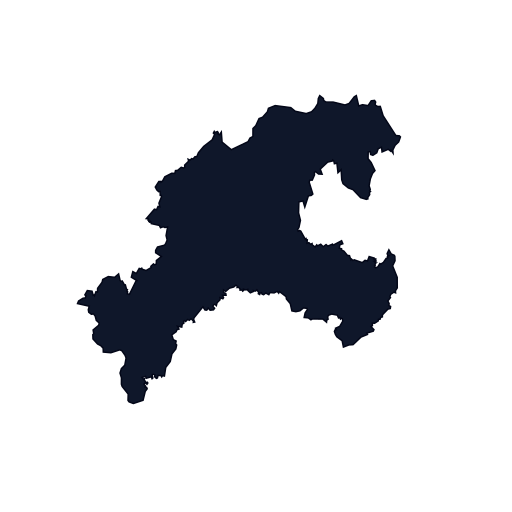 Huejutla de Reyes, Hidalgo, Mexico, rotated 147°
{"feature_id": "50627088B61765776713895", "entity_name": "Huejutla de Reyes", "entity_type": "district", "adm_level": 2, "iso_a3": "MEX", "parent_name": "Mexico", "parent_adm1": "Hidalgo", "projection": "albers", "projection_center": [-98.458, 21.143], "detail": "fine", "context": "isolated", "style": "filled", "palette": "ink", "viewbox_px": 512, "rotation_deg": 147, "n_neighbors": 0, "source": "geoboundaries", "source_scale": "gbopen_adm2", "svg_char_len": 6142}
<svg xmlns="http://www.w3.org/2000/svg" viewBox="0 0 512 512"><g transform="rotate(147 256 256)"><path d="M397.3,319.8L399.4,317.8L406.4,315.2L408.6,312.1L409.7,313.2L413.0,310.7L412.9,311.5L413.9,311.7L412.7,315.8L416.3,318.9L420.7,316.6L420.2,315.1L422.3,313.8L423.9,314.8L429.3,314.9L431.6,313.3L423.2,304.7L425.9,302.3L426.9,299.9L425.8,296.8L423.8,295.9L423.6,293.2L425.0,289.0L424.0,285.2L425.6,283.6L432.9,282.7L434.4,279.2L435.7,278.9L437.9,275.2L436.8,268.5L435.0,265.3L434.4,261.9L436.4,258.6L430.4,253.9L421.4,251.5L420.1,249.7L419.9,244.0L420.5,241.2L425.5,235.9L430.2,234.9L433.8,231.9L435.2,227.1L438.7,221.8L439.3,219.5L438.4,209.8L442.0,204.6L441.9,202.8L439.2,199.1L429.3,196.5L422.6,202.8L419.6,203.9L419.3,205.2L420.4,206.5L419.5,206.9L419.8,209.6L417.9,210.0L417.3,207.8L415.9,208.4L415.9,209.2L416.9,209.1L417.3,213.0L416.3,213.8L417.6,214.3L417.7,216.2L414.2,215.2L414.5,213.2L409.6,211.7L410.0,209.7L408.9,209.9L408.0,212.8L406.7,212.9L405.5,211.3L406.8,209.9L406.2,207.6L405.1,207.4L403.2,209.2L400.8,207.5L400.9,206.0L399.6,206.6L398.2,205.2L392.4,211.7L385.4,214.2L379.8,219.7L373.9,221.7L371.0,224.6L371.2,226.3L369.3,228.2L370.9,230.9L369.6,235.7L364.2,236.0L362.6,237.2L360.4,236.7L360.2,239.9L357.0,236.8L355.0,239.0L353.0,239.0L352.2,240.9L351.1,240.7L350.7,239.4L347.9,240.0L346.9,238.4L344.6,238.8L343.9,235.4L344.7,234.5L343.4,234.0L342.9,236.7L341.7,237.9L328.2,242.3L328.2,238.5L326.8,237.4L324.5,238.4L324.0,235.5L321.0,234.0L319.2,234.7L319.6,237.4L318.2,238.1L316.7,237.9L316.3,236.0L314.1,238.0L310.0,238.9L309.0,240.7L307.1,238.2L305.9,238.7L305.5,241.4L302.5,239.4L301.8,240.9L303.1,243.1L301.7,245.2L300.7,242.8L295.9,243.5L291.5,242.1L288.7,242.5L288.1,240.0L288.8,239.8L287.6,239.1L287.3,237.2L288.0,236.1L286.2,235.0L286.3,233.8L284.9,233.9L284.5,234.9L282.9,233.0L281.1,232.5L281.6,231.5L280.8,228.2L277.3,227.6L277.0,228.4L275.4,226.8L273.7,227.2L273.6,223.9L274.6,223.1L273.9,221.7L272.5,222.7L271.4,222.3L271.7,220.7L270.7,219.4L268.0,219.6L266.3,216.6L264.2,217.7L260.9,215.2L257.5,214.8L257.2,212.5L255.7,213.5L252.9,205.5L253.9,203.4L253.2,197.4L255.8,190.4L252.9,187.6L249.0,186.1L244.5,186.6L241.7,184.3L242.1,183.1L245.8,181.5L249.1,178.2L245.8,175.6L244.7,172.6L243.0,172.5L234.3,166.7L232.9,162.1L231.6,163.7L230.0,163.7L229.0,166.0L227.4,166.8L224.2,166.1L220.0,162.1L220.5,159.1L219.3,158.9L219.5,157.1L218.3,157.3L217.7,156.4L218.7,154.1L224.1,151.4L228.6,152.1L228.8,150.5L229.6,151.1L231.3,150.1L232.1,147.1L232.2,144.2L229.9,138.0L232.3,132.0L226.5,130.8L222.9,128.8L212.0,130.8L205.3,129.5L205.2,131.0L198.6,129.1L197.2,130.0L198.0,134.2L196.3,134.2L195.0,136.4L193.2,135.0L188.8,135.0L187.8,136.2L186.4,135.4L184.8,136.6L183.2,136.1L182.0,137.8L174.3,139.6L172.0,138.8L170.6,140.4L171.6,142.0L170.2,143.7L169.9,146.5L165.9,147.9L165.9,149.0L163.8,150.5L160.1,150.6L159.0,149.1L158.0,150.9L154.9,152.3L149.2,161.2L146.8,173.3L142.0,176.3L139.8,180.0L139.6,181.2L141.5,184.1L141.2,188.8L144.7,186.6L145.2,184.7L144.4,183.8L146.1,183.9L146.4,182.7L148.2,183.1L152.7,181.2L155.8,181.3L156.2,182.2L159.9,180.5L162.1,181.0L162.6,182.2L161.3,183.0L161.5,183.7L159.5,184.7L159.7,186.1L158.8,185.7L159.5,186.9L158.5,186.4L157.7,187.1L158.3,187.8L157.3,188.4L158.8,189.5L158.1,190.0L161.4,193.9L165.2,191.1L166.9,193.0L170.5,192.6L175.7,199.3L177.2,199.5L177.6,201.5L178.5,201.2L177.4,205.4L179.0,206.7L179.6,212.1L181.0,214.5L180.3,215.5L181.9,217.2L179.6,219.7L176.5,219.0L175.9,222.2L184.7,223.0L185.7,223.4L185.4,224.3L190.4,225.2L191.0,227.4L194.6,227.2L195.3,230.6L198.8,231.0L199.0,232.3L201.5,231.4L202.8,234.8L202.2,235.9L203.8,236.1L204.4,238.4L206.3,238.9L204.2,241.6L205.2,241.9L204.5,243.4L205.5,243.5L204.9,252.5L205.6,253.7L207.1,253.8L206.8,255.4L204.4,256.6L199.3,261.7L196.8,269.0L190.6,278.0L186.6,276.6L188.4,270.5L179.3,277.9L176.6,276.7L174.6,277.0L171.2,289.0L169.5,290.3L167.5,289.0L162.8,292.1L161.6,294.2L160.1,294.4L158.9,290.7L156.0,288.6L154.8,293.9L144.8,295.7L140.0,294.0L139.4,294.7L138.9,293.5L140.0,290.7L137.6,289.8L141.9,281.2L137.6,282.0L142.6,273.2L143.6,269.3L141.5,262.8L138.5,258.8L136.5,248.0L132.6,243.4L131.0,243.0L130.7,244.0L127.2,245.6L126.3,247.5L124.8,247.8L125.1,248.9L123.9,249.6L122.9,253.3L118.1,258.4L113.3,261.8L109.7,262.8L108.5,271.7L109.0,276.6L105.2,282.2L103.3,281.4L104.6,278.7L103.1,276.8L98.5,276.8L95.1,279.4L91.5,278.9L93.6,274.6L87.0,273.5L86.0,270.6L85.1,271.2L85.0,267.7L83.5,270.4L79.0,273.1L74.2,274.0L70.0,277.2L70.3,278.7L73.1,280.9L73.0,304.4L70.3,313.8L72.5,315.1L73.6,317.1L73.5,318.4L71.8,319.9L71.8,321.9L74.8,323.4L80.1,321.1L84.3,324.9L88.1,325.9L84.5,335.9L86.9,336.0L94.8,333.2L99.1,334.2L107.4,343.0L113.6,347.1L114.5,349.6L113.7,351.4L115.2,355.8L118.0,354.1L121.1,350.2L126.1,347.8L130.8,346.7L136.3,348.1L144.3,356.1L146.0,361.5L158.0,371.7L165.1,373.1L167.9,370.7L174.9,368.8L178.6,369.6L185.2,365.4L189.1,364.6L193.5,357.9L196.8,358.2L200.4,356.2L218.8,358.6L222.4,370.0L217.6,378.8L220.7,377.5L221.7,379.5L220.6,379.6L220.5,381.3L223.3,382.1L223.2,383.2L224.8,382.3L224.4,380.6L229.5,377.3L240.2,376.4L248.0,374.0L251.5,371.6L253.1,372.5L256.1,371.6L256.8,372.7L259.2,372.4L260.2,374.1L260.9,372.2L266.3,371.1L267.5,369.2L268.8,369.2L270.4,371.1L275.1,370.5L277.0,371.5L279.1,369.5L281.6,371.3L289.3,372.1L293.7,369.7L295.4,369.6L295.1,370.3L296.9,371.4L302.9,368.7L303.2,365.3L302.6,362.9L301.3,362.3L303.3,359.0L302.5,358.4L302.9,357.2L308.6,353.2L309.9,349.6L311.2,350.9L314.1,349.0L315.7,350.6L327.6,347.1L326.1,345.9L327.0,344.9L326.3,344.1L327.0,343.4L326.0,342.9L326.6,342.2L325.6,341.6L326.2,340.2L320.4,334.3L320.7,331.7L317.9,331.1L316.9,329.5L314.3,328.5L320.3,322.1L321.8,317.8L325.0,315.6L326.8,314.9L333.7,317.2L337.1,315.4L338.4,313.4L335.6,307.1L342.0,306.5L344.0,303.6L345.9,303.8L346.3,305.2L349.8,304.6L350.2,303.4L356.1,303.7L358.9,307.2L358.0,308.3L359.2,307.7L360.7,309.2L365.9,306.5L367.8,310.0L372.1,306.1L369.3,300.2L370.6,300.2L383.0,292.8L384.6,294.4L383.1,296.0L383.5,297.0L382.2,297.8L382.7,298.7L381.3,302.9L382.1,303.1L381.8,307.9L383.1,308.3L383.3,309.5L381.0,315.8L386.1,315.1L391.1,319.2L397.3,319.8Z" fill="#0f172a" stroke="#020617" stroke-width="1.5"/></g></svg>